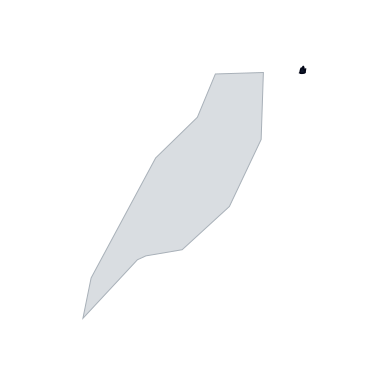 Idid 03, Palau shown in context, rotated 200°
{"feature_id": "81905179B3672705563325", "entity_name": "Idid 03", "entity_type": "district", "adm_level": 2, "iso_a3": "PLW", "parent_name": "Palau", "parent_adm1": "", "projection": "robinson", "projection_center": [134.485, 7.342], "detail": "fine", "context": "in_parent", "style": "filled", "palette": "ink", "viewbox_px": 384, "rotation_deg": 200, "n_neighbors": 0, "source": "geoboundaries", "source_scale": "gbopen_adm2", "svg_char_len": 1409}
<svg xmlns="http://www.w3.org/2000/svg" viewBox="0 0 384 384"><g transform="rotate(200 192 192)"><path d="M210.4,310.9L165.8,328.7L145.0,265.0L151.9,191.2L181.5,134.4L213.5,116.2L220.1,109.7L251.3,36.0L257.4,76.7L237.8,211.6L212.5,264.1L210.4,310.9Z" fill="#d9dde1" stroke="#a8b0b8" stroke-width="1"/><path d="M131.5,340.9L131.3,340.9L131.1,340.8L130.8,340.7L130.6,340.7L130.3,340.8L129.7,341.0L128.9,341.3L128.7,341.4L128.6,341.5L128.4,341.5L127.9,341.8L127.7,341.9L127.4,342.1L127.2,342.2L126.7,342.8L126.6,343.0L126.8,343.3L126.9,344.1L127.1,344.7L127.2,345.5L127.4,346.3L127.6,346.2L127.6,345.8L127.6,345.7L127.5,345.4L127.6,345.5L127.8,345.4L127.8,345.5L127.7,345.6L127.7,345.8L127.8,346.0L128.0,346.1L128.4,346.0L128.5,345.9L128.5,346.0L128.9,346.0L129.1,345.9L129.5,346.0L129.6,345.9L129.7,345.6L129.7,345.4L129.8,345.0L129.9,345.5L130.0,345.8L130.2,346.0L130.4,346.1L130.6,346.1L130.9,346.2L131.0,346.1L131.5,345.9L131.7,345.7L131.8,345.4L131.8,344.6L131.8,343.8L131.7,343.2L131.6,342.5L131.5,341.9L131.4,341.5L131.4,341.2L131.5,340.9ZM129.6,347.3L129.8,347.3L130.0,347.3L130.0,347.2L130.0,346.6L130.0,346.4L129.9,346.3L129.8,346.2L129.7,346.2L129.7,346.5L129.7,346.8L129.6,347.0L129.6,347.3ZM130.3,347.1L130.2,347.1L130.1,347.3L130.2,347.5L130.2,347.9L130.3,348.0L130.5,347.9L130.6,347.7L130.6,347.4L130.5,347.2L130.4,347.1L130.3,347.1Z" fill="#0f172a" stroke="#020617" stroke-width="1.5"/></g></svg>